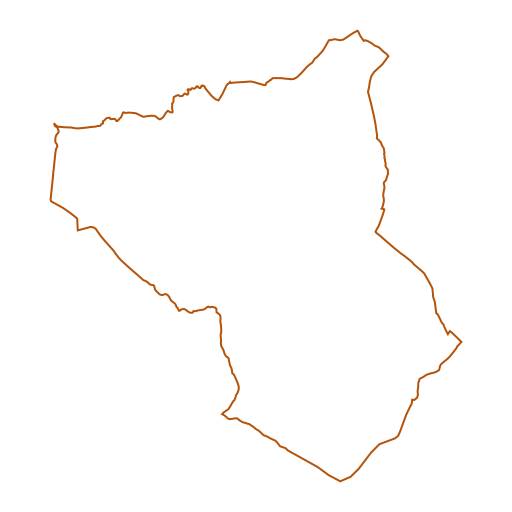 Cucaita, Boyacá, Colombia (Natural Earth projection)
{"feature_id": "7082276B93594910606067", "entity_name": "Cucaita", "entity_type": "district", "adm_level": 2, "iso_a3": "COL", "parent_name": "Colombia", "parent_adm1": "Boyacá", "projection": "natural_earth1", "projection_center": [-73.453, 5.526], "detail": "fine", "context": "isolated", "style": "outline", "palette": "amber", "viewbox_px": 512, "rotation_deg": 0, "n_neighbors": 0, "source": "geoboundaries", "source_scale": "gbopen_adm2", "svg_char_len": 5948}
<svg xmlns="http://www.w3.org/2000/svg" viewBox="0 0 512 512"><path d="M388.4,56.2L386.5,53.9L383.6,51.8L379.8,48.1L377.9,46.8L377.4,46.7L374.3,45.4L372.2,43.6L367.6,41.0L365.1,40.2L363.7,40.9L362.6,39.1L362.1,38.7L360.6,36.4L359.0,33.4L358.6,32.1L357.8,31.0L357.4,30.7L352.7,33.3L345.0,38.5L342.9,39.7L341.1,40.1L339.4,40.1L334.8,39.2L333.5,39.4L331.0,40.1L330.4,40.2L329.4,39.9L328.6,40.8L323.9,49.0L322.4,51.2L317.2,56.9L314.7,58.7L312.4,62.5L309.3,64.8L306.5,67.3L301.8,72.6L297.0,77.3L293.7,79.0L290.8,79.2L280.4,78.1L273.2,78.1L272.5,78.3L270.6,80.1L270.0,80.2L267.9,82.0L267.1,82.3L266.1,83.3L265.6,85.0L264.7,85.2L261.9,84.5L259.8,83.8L258.4,83.5L254.2,82.2L253.2,82.0L252.0,81.7L250.0,81.5L244.1,82.0L235.2,82.5L230.5,83.0L230.0,82.0L228.8,83.4L227.4,84.3L226.5,85.4L222.5,93.9L218.5,100.4L215.4,99.2L211.6,95.9L206.4,89.7L204.8,87.5L204.6,86.6L204.0,85.9L203.4,85.7L202.7,86.0L202.4,85.9L202.1,85.5L201.9,85.5L201.5,85.8L201.3,86.2L200.7,87.7L200.2,88.0L199.9,88.1L199.5,88.1L198.3,87.4L198.0,86.7L197.6,86.4L197.0,86.3L196.5,86.5L195.6,87.9L194.3,88.7L193.9,88.7L192.7,88.3L192.0,88.2L191.3,88.7L190.9,89.5L190.4,89.9L188.5,89.2L187.9,89.4L187.6,89.7L187.6,90.1L188.3,91.3L188.4,92.7L188.0,94.1L187.7,94.5L186.9,94.6L185.4,93.7L184.7,93.6L184.1,94.0L182.8,95.7L182.3,95.9L180.3,96.2L179.8,96.1L178.5,95.2L177.8,95.2L176.8,95.5L173.8,97.1L173.6,97.7L173.5,100.6L173.3,101.9L173.0,102.6L172.1,103.6L172.1,104.4L172.3,105.6L172.0,107.4L172.6,110.9L172.6,111.9L172.4,112.3L171.7,112.4L170.3,112.2L169.4,111.8L168.1,110.9L167.7,110.9L167.2,111.3L165.5,113.4L163.4,117.0L161.5,118.5L160.0,119.3L159.5,119.3L158.9,119.0L155.5,116.4L154.3,115.8L150.5,115.8L146.1,116.3L144.0,116.8L143.4,116.8L140.8,115.7L136.0,113.3L133.9,113.0L129.6,112.6L125.1,112.9L123.6,112.3L123.2,112.4L123.0,112.6L122.2,114.8L121.0,117.3L117.4,121.0L116.9,121.1L116.4,121.0L115.4,119.3L114.6,118.8L110.9,119.2L110.5,119.1L109.8,117.9L109.3,117.7L107.0,118.1L106.4,118.4L105.8,118.8L104.4,120.4L102.9,121.3L102.8,121.6L103.1,122.9L103.0,123.4L101.6,124.1L100.8,124.9L100.3,125.7L99.5,126.0L97.8,125.9L96.9,126.3L94.8,126.7L89.8,127.1L87.5,127.5L84.5,127.8L79.4,128.3L75.6,128.3L71.1,127.5L65.2,127.3L58.1,126.7L56.7,126.0L55.8,125.3L54.8,124.3L54.4,123.7L54.2,122.9L54.5,124.9L54.9,125.8L55.6,126.5L56.6,126.9L57.1,127.3L57.6,128.3L58.7,131.0L58.7,131.7L58.3,132.6L56.3,135.1L55.7,136.7L55.4,138.0L55.3,141.7L55.7,142.7L56.8,144.2L57.3,146.0L57.1,146.9L56.2,148.7L56.0,149.2L55.3,153.5L53.6,170.2L53.3,171.8L53.2,174.4L50.6,199.4L50.8,200.6L51.1,201.2L52.1,201.9L63.3,208.1L69.9,212.7L73.0,215.1L76.7,218.1L77.0,218.4L77.2,219.2L77.8,230.4L90.7,226.9L94.1,227.6L95.0,228.3L95.8,228.9L100.5,235.7L104.4,240.4L113.5,250.6L115.6,253.7L118.6,257.6L121.4,260.6L130.3,268.7L137.3,274.7L143.3,280.1L145.2,280.8L147.3,282.0L149.7,284.2L150.6,284.7L153.5,285.2L153.9,285.5L154.3,286.5L155.0,289.5L156.5,291.3L159.6,294.3L160.4,294.7L161.1,294.9L162.8,295.0L164.9,294.1L165.8,294.1L166.4,294.3L167.8,295.2L169.3,297.1L170.3,299.3L171.3,300.8L174.4,303.2L175.4,304.2L175.8,305.0L176.5,306.9L177.6,308.0L178.8,310.6L179.2,310.8L179.8,310.7L180.4,310.0L182.0,309.2L184.1,309.0L185.3,309.5L187.5,311.2L189.8,312.6L190.4,312.7L191.9,312.8L192.4,312.7L192.9,312.3L193.3,311.3L193.9,311.0L195.5,311.2L196.4,311.0L197.9,310.4L203.6,309.6L205.2,308.7L207.0,307.2L208.2,306.6L208.7,306.8L209.4,307.3L210.4,307.2L211.0,307.0L211.8,306.8L214.2,307.3L214.9,307.5L216.3,308.6L216.6,312.4L218.2,313.3L219.7,314.8L220.2,315.6L220.5,316.9L220.5,319.0L220.6,319.6L220.3,320.5L220.3,321.5L220.9,324.6L221.3,330.3L221.2,331.9L220.9,333.4L220.6,335.5L220.7,337.2L221.1,339.9L221.1,341.0L220.8,342.9L221.3,346.4L222.8,348.8L223.6,350.6L224.4,353.3L225.7,355.8L226.4,356.6L228.1,357.6L228.5,358.2L228.7,358.8L229.2,361.7L230.0,365.3L230.5,366.4L231.1,367.4L231.4,368.2L232.1,371.2L232.2,373.0L232.3,373.3L233.7,374.4L234.3,375.3L237.7,383.1L238.5,385.7L238.8,387.8L238.6,389.8L237.8,392.1L237.4,393.1L236.1,395.1L235.4,397.6L234.4,400.2L233.0,401.5L229.8,407.1L228.3,409.2L223.6,412.5L222.1,414.1L224.7,415.6L227.2,417.8L228.2,418.7L229.2,419.1L232.2,418.9L233.8,418.5L236.6,418.3L237.4,418.5L240.3,420.9L243.4,422.5L245.9,423.0L247.4,423.7L249.1,424.0L253.8,427.2L255.7,428.9L259.4,431.2L263.4,435.1L267.9,436.9L270.2,438.3L275.6,440.8L277.3,442.7L280.1,446.3L285.4,448.1L288.1,450.6L317.9,467.2L328.6,475.1L340.3,481.3L350.7,476.7L358.7,468.8L371.0,452.7L379.4,444.2L394.7,438.5L398.2,435.8L400.4,430.7L406.1,415.0L410.1,406.6L411.7,403.8L412.2,399.6L414.2,400.0L417.1,397.7L417.9,394.8L417.6,390.4L418.1,388.2L418.3,382.9L419.0,381.1L419.5,379.3L420.4,378.4L422.7,377.3L426.7,374.7L430.3,373.5L435.5,372.2L437.6,371.0L439.1,370.0L439.6,368.1L440.1,365.9L441.0,364.3L444.3,361.4L447.0,359.3L450.2,356.1L456.1,348.6L457.3,346.3L459.4,344.2L461.4,341.9L460.3,341.0L460.1,340.6L452.3,333.0L449.8,331.1L447.9,334.2L447.3,333.2L444.5,327.3L443.4,324.3L442.3,323.4L441.0,321.3L439.8,318.4L437.8,314.6L437.3,313.8L436.3,313.4L434.8,301.9L434.4,300.6L433.5,298.1L433.0,296.0L433.0,293.8L432.7,291.9L432.5,288.8L431.5,286.5L428.2,280.4L424.2,273.4L421.9,271.2L414.9,265.2L414.1,264.6L412.6,262.7L410.3,260.6L404.5,256.0L400.6,253.2L394.0,247.9L385.1,240.2L380.5,236.1L376.3,232.8L375.5,231.8L377.3,228.2L378.0,227.4L379.1,224.9L382.5,215.6L384.1,210.5L384.2,209.3L382.8,208.9L381.6,208.7L382.1,207.9L382.6,206.7L383.9,201.2L383.8,198.8L383.4,196.8L383.2,194.7L383.7,191.4L384.3,188.8L384.4,187.4L384.4,186.4L383.8,183.6L383.9,182.8L384.1,182.2L386.1,180.1L386.6,178.1L388.1,173.4L387.9,172.1L387.9,170.0L385.8,166.7L385.4,165.5L385.7,163.6L385.2,161.8L385.0,159.6L384.4,158.0L384.6,156.6L384.1,154.2L384.1,153.7L384.5,153.2L383.9,148.9L383.5,147.8L382.6,146.5L382.0,145.4L381.4,144.0L381.2,143.1L380.6,142.1L376.8,138.3L377.1,135.6L375.5,124.4L374.1,116.9L371.3,104.7L368.0,91.8L369.1,86.9L369.8,82.1L370.8,77.9L371.5,75.9L374.1,72.0L382.5,64.2L388.4,56.2Z" fill="none" stroke="#b45309" stroke-width="2"/></svg>